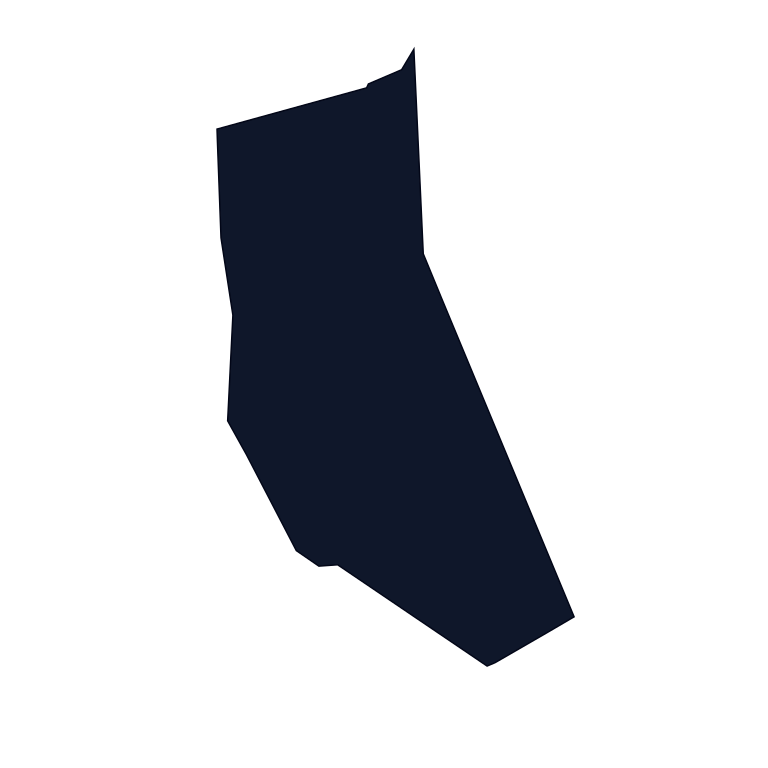 the district of Montgomery, New York, United States of America, rotated 67°
{"feature_id": "52423323B77336622441555", "entity_name": "Montgomery", "entity_type": "district", "adm_level": 2, "iso_a3": "USA", "parent_name": "United States of America", "parent_adm1": "New York", "projection": "equal_earth", "projection_center": [-74.427, 42.91], "detail": "fine", "context": "isolated", "style": "filled", "palette": "ink", "viewbox_px": 768, "rotation_deg": 67, "n_neighbors": 0, "source": "geoboundaries", "source_scale": "gbopen_adm2", "svg_char_len": 419}
<svg xmlns="http://www.w3.org/2000/svg" viewBox="0 0 768 768"><g transform="rotate(67 384 384)"><path d="M676.6,331.2L673.1,304.1L672.6,300.0L326.8,297.5L279.5,297.0L87.5,225.7L101.6,245.0L101.7,281.1L104.6,284.3L84.1,438.1L94.7,442.2L185.7,476.9L261.6,496.2L356.8,542.3L395.3,538.2L503.1,529.8L526.2,515.1L532.3,497.3L683.9,399.3L683.9,390.6L676.6,331.2Z" fill="#0f172a" stroke="#020617" stroke-width="1.5"/></g></svg>